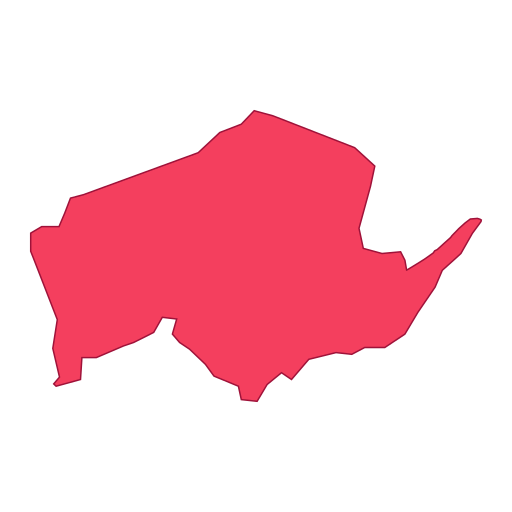 the district of Etangs, Soufrière, Saint Lucia
{"feature_id": "8701671B18356236998563", "entity_name": "Etangs", "entity_type": "district", "adm_level": 2, "iso_a3": "LCA", "parent_name": "Saint Lucia", "parent_adm1": "Soufrière", "projection": "natural_earth1", "projection_center": [-61.04, 13.819], "detail": "fine", "context": "isolated", "style": "filled", "palette": "rose", "viewbox_px": 512, "rotation_deg": 0, "n_neighbors": 0, "source": "geoboundaries", "source_scale": "gbopen_adm2", "svg_char_len": 1064}
<svg xmlns="http://www.w3.org/2000/svg" viewBox="0 0 512 512"><path d="M259.7,112.2L257.8,111.7L254.2,110.7L241.3,124.2L219.8,132.5L198.2,152.7L83.4,194.7L70.5,198.1L64.7,213.2L59.0,226.6L41.7,226.6L30.7,233.1L30.7,251.3L33.6,258.6L57.3,319.6L52.8,348.4L59.5,377.1L53.7,383.9L56.1,386.2L80.5,379.5L81.9,357.6L96.3,357.6L123.6,345.9L133.6,342.5L153.7,332.4L162.3,317.3L176.7,319.0L172.4,334.1L179.6,342.5L189.6,349.2L205.4,364.3L214.0,376.1L238.4,386.2L241.3,399.6L257.1,401.3L267.1,384.5L281.5,372.7L291.5,379.5L308.8,359.3L317.4,357.2L336.0,352.6L351.8,354.3L364.7,347.5L384.8,347.5L404.9,334.1L417.9,312.3L435.1,287.1L442.3,270.3L455.1,258.8L460.9,253.5L472.4,233.3L481.0,221.6L481.3,220.0L480.0,219.2L477.4,218.4L470.3,219.0L464.9,223.1L458.6,228.8L457.4,230.1L452.1,235.5L450.6,237.5L444.6,242.9L437.2,249.6L434.7,250.8L433.2,253.0L424.3,259.3L415.0,265.1L407.4,269.7L406.6,270.0L404.9,260.2L400.6,251.8L382.0,253.5L363.3,248.4L359.0,228.3L370.5,186.3L374.8,166.1L354.7,147.7L272.9,115.8L259.7,112.2Z" fill="#f43f5e" stroke="#9f1239" stroke-width="1.5"/></svg>